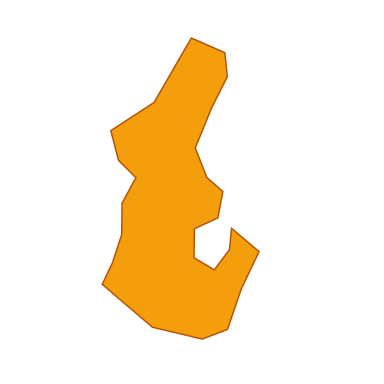 the border of Triesen, rotated 31°
{"feature_id": "LIE-4893", "entity_name": "Triesen", "entity_type": "state/province", "adm_level": 1, "iso_a3": "LIE", "parent_name": "Liechtenstein", "parent_adm1": "", "projection": "mercator", "projection_center": [9.548, 47.092], "detail": "fine", "context": "isolated", "style": "filled", "palette": "amber", "viewbox_px": 384, "rotation_deg": 31, "n_neighbors": 0, "source": "natural_earth", "source_scale": "10m", "svg_char_len": 490}
<svg xmlns="http://www.w3.org/2000/svg" viewBox="0 0 384 384"><g transform="rotate(31 192 192)"><path d="M293.2,291.5L276.5,312.8L227.7,328.3L162.6,317.4L160.3,293.8L153.7,264.8L137.9,237.7L136.5,208.6L112.8,202.8L90.8,181.2L113.4,134.7L112.1,60.4L148.4,55.7L162.9,75.0L165.5,109.9L172.1,152.5L197.2,171.9L218.2,175.7L227.5,200.9L213.0,222.2L227.5,247.3L251.2,247.3L253.8,222.2L244.6,202.8L280.2,208.6L284.1,249.3L293.2,291.5Z" fill="#f59e0b" stroke="#b45309" stroke-width="1.5"/></g></svg>